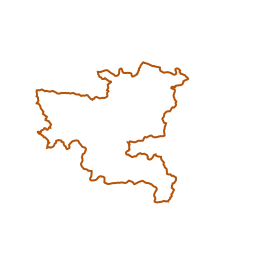 outline of Bao Yen, Lào Cai, Vietnam, rotated 145°
{"feature_id": "81297802B25948208667731", "entity_name": "Bao Yen", "entity_type": "district", "adm_level": 2, "iso_a3": "VNM", "parent_name": "Vietnam", "parent_adm1": "Lào Cai", "projection": "mercator", "projection_center": [104.421, 22.295], "detail": "fine", "context": "isolated", "style": "outline", "palette": "amber", "viewbox_px": 256, "rotation_deg": 145, "n_neighbors": 0, "source": "geoboundaries", "source_scale": "gbopen_adm2", "svg_char_len": 5936}
<svg xmlns="http://www.w3.org/2000/svg" viewBox="0 0 256 256"><g transform="rotate(145 128 128)"><path d="M94.1,110.0L95.4,111.6L95.4,111.9L94.7,115.7L94.3,116.1L92.4,116.6L90.0,118.8L87.1,119.3L85.5,118.7L84.2,117.7L82.7,118.2L80.6,119.3L79.7,119.4L79.1,118.6L78.6,118.4L77.5,118.7L76.9,118.6L75.3,119.4L74.6,121.3L73.4,121.7L73.2,122.3L73.5,123.9L72.5,127.5L72.1,128.3L71.4,129.1L69.1,130.7L67.8,132.3L67.8,132.7L68.4,134.0L69.7,135.6L69.6,135.9L68.6,136.6L67.8,136.2L66.2,134.5L65.8,134.9L65.4,134.8L65.0,135.2L63.4,134.6L60.3,133.0L58.6,132.6L57.9,132.8L56.7,133.7L56.2,133.8L55.8,134.5L54.4,134.4L50.9,133.6L50.5,133.8L50.4,135.2L51.0,136.7L51.0,138.3L52.2,140.2L52.9,141.6L53.8,142.2L53.5,143.7L53.6,144.3L52.3,145.2L52.6,145.9L52.6,147.2L52.8,147.8L54.0,148.9L55.3,149.0L55.9,148.5L56.4,146.2L57.4,144.8L58.9,144.8L59.6,145.1L60.6,146.6L60.9,147.8L62.6,150.1L63.9,151.3L66.6,152.6L67.4,153.4L67.8,154.6L68.6,156.1L68.4,157.5L67.2,159.1L67.2,159.4L70.1,162.3L71.3,164.0L72.4,164.6L73.3,166.4L74.0,167.2L74.2,168.0L76.3,171.0L77.3,171.8L77.5,172.7L77.8,173.0L78.5,173.0L80.7,172.3L81.8,171.9L83.6,170.6L84.8,170.5L85.4,169.7L85.7,169.0L86.5,169.0L87.7,168.0L89.2,167.3L89.6,166.8L90.2,167.1L91.2,166.8L94.4,167.3L94.9,167.7L95.0,168.3L94.2,170.3L94.3,171.4L96.5,173.3L99.5,175.2L100.1,176.0L100.2,176.8L100.0,177.9L99.3,179.9L99.6,180.7L100.5,180.9L101.6,180.7L104.0,177.9L105.2,177.1L106.3,177.0L107.8,177.4L108.7,178.4L109.1,180.3L110.4,182.7L111.6,186.7L112.1,187.4L113.4,188.2L118.6,189.7L120.5,191.3L121.4,189.4L121.9,186.8L122.0,186.0L121.4,185.4L121.0,184.5L121.0,183.0L120.7,182.6L119.4,182.0L118.8,181.6L118.2,181.9L117.8,180.2L117.3,179.1L116.9,177.5L116.4,176.6L115.5,176.1L115.4,175.6L115.7,175.3L116.7,175.4L117.2,175.1L118.3,175.3L119.9,175.0L121.1,172.1L123.5,171.0L123.1,170.4L122.9,169.4L124.4,169.0L125.1,168.6L126.1,166.7L126.9,165.8L128.9,165.8L130.6,166.3L131.4,167.3L134.2,168.5L136.0,171.6L137.8,172.0L138.9,171.4L139.9,171.9L140.9,171.5L141.9,173.2L142.0,174.7L142.3,176.7L142.2,177.6L142.9,178.7L144.8,179.2L146.6,180.7L147.8,181.0L148.2,181.6L148.8,183.6L149.9,184.2L151.0,185.1L152.1,186.8L152.3,187.5L153.1,188.3L155.4,189.3L156.9,191.0L158.2,191.5L158.8,192.5L159.9,193.0L162.2,194.8L164.0,195.3L165.9,196.6L166.2,197.1L166.5,198.2L168.4,201.6L170.8,202.4L172.1,203.5L173.2,205.0L174.9,205.7L174.9,206.3L175.5,206.9L176.4,208.9L178.8,209.6L181.1,211.2L181.3,211.0L182.3,209.9L183.0,208.0L183.6,207.2L184.7,206.4L184.3,205.4L184.2,204.6L185.3,203.1L185.8,201.6L186.7,201.1L188.3,200.9L188.7,200.6L187.3,199.0L187.2,197.1L187.7,195.2L188.1,194.5L188.1,191.5L187.9,190.1L188.4,189.8L188.7,189.0L189.5,188.5L189.6,188.2L189.4,187.5L188.9,186.6L188.6,185.0L188.0,183.8L188.9,183.0L190.2,182.8L191.0,181.8L189.0,179.0L189.1,177.6L189.0,175.0L190.8,174.0L191.5,172.8L191.9,173.4L192.4,173.7L194.0,172.9L194.8,172.7L195.6,173.3L195.8,173.8L195.7,174.9L196.3,175.7L196.9,175.8L197.8,175.3L198.9,175.2L200.5,175.7L201.1,175.3L201.9,174.5L202.3,174.7L203.5,176.3L204.7,177.0L204.0,175.9L204.3,174.7L202.6,172.0L202.5,170.8L202.0,170.1L202.2,168.7L201.3,167.9L201.2,167.5L200.6,164.3L200.8,162.8L201.6,162.3L201.1,161.1L202.3,161.0L203.4,160.4L205.6,158.2L203.6,157.6L202.7,156.3L200.2,155.7L199.7,155.7L198.2,156.3L197.1,157.2L195.4,157.2L194.1,158.7L192.6,158.1L191.9,158.1L191.2,157.2L189.9,156.1L189.8,155.8L190.2,155.1L190.3,154.6L189.1,153.3L190.2,150.9L190.2,150.2L189.7,148.7L190.3,146.1L189.5,145.5L187.6,145.2L186.8,146.0L185.9,148.0L181.6,149.0L179.9,148.6L177.6,147.6L176.4,146.5L176.1,145.7L176.5,143.6L176.2,141.4L176.3,139.5L176.0,138.5L174.4,136.5L174.4,135.1L175.3,134.1L178.2,132.3L179.8,132.5L180.3,132.3L182.6,130.4L183.0,128.8L184.1,127.2L186.9,125.7L187.6,124.7L187.9,122.1L187.5,119.6L185.9,118.1L185.2,117.1L185.1,115.8L183.0,114.1L182.5,113.7L182.5,113.4L185.6,109.6L188.1,108.4L188.5,107.3L188.4,106.6L187.9,105.9L186.1,104.7L184.2,104.0L183.4,103.9L180.5,104.6L178.5,104.5L177.8,103.9L177.4,103.3L176.6,102.7L175.9,101.5L175.9,100.5L178.5,97.0L178.5,96.6L177.2,94.8L177.2,94.3L176.0,93.2L171.8,91.4L169.4,89.8L168.2,89.4L166.3,87.9L165.2,87.5L163.6,86.4L162.3,84.9L161.1,84.2L159.8,84.1L157.5,84.4L155.7,81.9L155.1,80.7L155.2,78.6L154.7,78.2L150.2,77.6L146.5,76.5L146.1,76.0L144.9,72.9L142.9,71.2L141.0,68.3L140.4,65.4L139.4,63.9L139.1,62.5L139.4,61.5L139.9,61.1L141.0,60.5L143.2,59.6L145.1,58.1L145.6,57.1L145.7,55.2L146.5,54.1L147.7,53.3L148.4,52.5L148.3,52.2L147.5,51.0L146.5,50.1L141.8,47.9L140.7,47.8L139.9,47.2L139.3,46.2L138.5,45.9L137.2,44.8L136.5,45.4L134.0,45.9L133.4,46.3L133.2,46.9L131.5,46.9L131.0,47.4L130.6,48.7L129.1,49.1L126.0,50.8L125.7,51.4L126.5,53.9L125.5,54.9L125.3,55.5L124.1,56.1L123.2,57.0L121.8,56.4L119.6,57.3L118.2,58.1L118.0,58.8L117.1,59.9L118.4,63.0L118.7,63.3L119.2,63.4L119.7,63.8L119.8,65.7L121.1,66.4L122.3,67.8L122.2,68.3L119.9,72.1L120.0,73.2L120.4,74.6L120.3,75.1L119.8,75.9L120.0,77.5L119.7,78.0L118.4,79.0L118.7,82.9L118.3,84.3L117.7,85.0L117.5,85.4L119.7,87.4L120.8,89.0L120.9,89.6L120.5,90.5L122.3,91.0L124.7,89.7L127.0,89.3L127.3,89.3L128.7,90.0L129.3,91.1L129.3,92.0L128.2,93.0L128.0,95.0L128.9,96.6L129.2,97.4L131.6,98.7L131.9,99.2L132.2,100.2L132.5,100.4L134.8,100.8L137.8,100.2L139.4,101.3L140.8,101.5L141.2,101.7L141.7,102.5L142.1,104.0L142.8,104.7L142.7,105.7L144.1,106.7L144.2,107.0L144.3,108.0L144.0,108.7L143.3,109.2L142.3,109.5L140.0,109.1L139.0,109.6L139.1,110.2L137.9,111.6L137.0,113.4L136.4,113.3L136.2,113.6L136.2,114.7L136.4,115.2L136.3,116.2L135.8,115.7L135.0,115.4L134.0,115.9L133.3,114.9L132.1,114.0L131.8,113.4L130.5,112.3L129.6,112.0L126.8,111.7L125.9,110.9L123.3,109.2L122.7,109.2L120.5,110.6L119.6,110.9L118.9,110.6L118.6,109.9L118.0,109.5L116.0,109.3L113.6,108.8L113.1,108.2L112.5,106.3L111.7,105.2L109.0,103.7L107.8,103.5L107.0,103.0L106.1,102.8L105.4,102.1L104.3,101.4L102.6,100.8L102.1,101.1L100.6,104.2L99.7,105.6L98.7,106.1L97.2,107.8L95.5,108.9L94.1,110.0Z" fill="none" stroke="#b45309" stroke-width="2"/></g></svg>